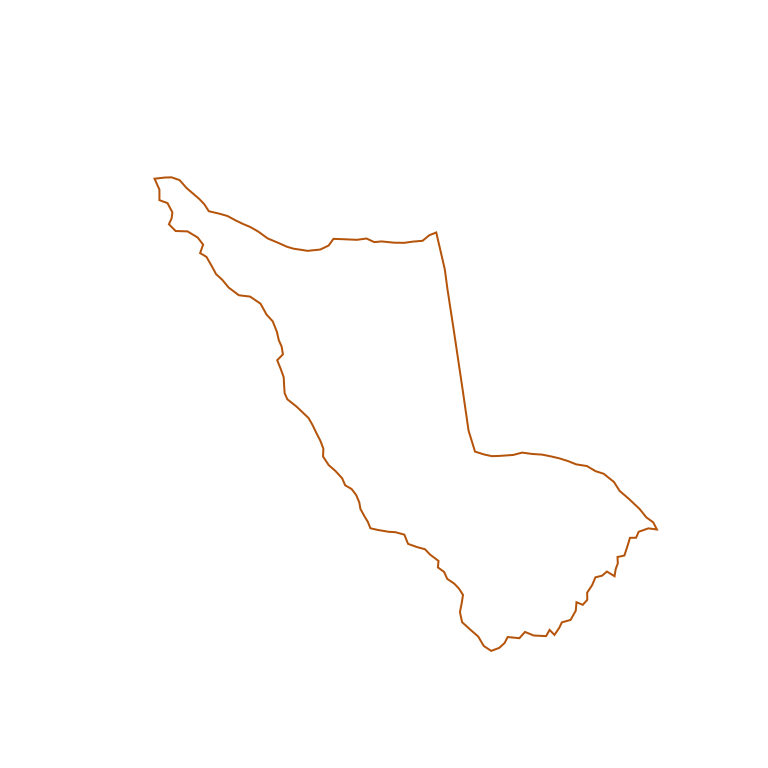 Ribeirão dos Índios, São Paulo, Brazil (Natural Earth projection), rotated 126°
{"feature_id": "56859067B88412336093281", "entity_name": "Ribeirão dos Índios", "entity_type": "district", "adm_level": 2, "iso_a3": "BRA", "parent_name": "Brazil", "parent_adm1": "São Paulo", "projection": "natural_earth1", "projection_center": [-51.581, -21.806], "detail": "fine", "context": "isolated", "style": "outline", "palette": "amber", "viewbox_px": 768, "rotation_deg": 126, "n_neighbors": 0, "source": "geoboundaries", "source_scale": "gbopen_adm2", "svg_char_len": 2157}
<svg xmlns="http://www.w3.org/2000/svg" viewBox="0 0 768 768"><g transform="rotate(126 384 384)"><path d="M341.3,77.7L337.7,84.8L337.7,93.4L334.9,103.7L333.0,118.3L332.0,130.5L328.1,140.4L327.5,153.6L330.2,161.7L331.1,171.6L336.0,181.2L338.3,190.1L341.1,198.5L344.4,206.3L348.2,214.6L353.5,223.0L358.3,231.9L365.5,237.8L374.7,248.8L379.0,254.4L382.1,261.4L385.2,270.6L372.0,288.2L341.9,317.5L335.5,323.8L297.7,360.9L281.1,377.4L276.4,382.0L270.3,388.1L255.5,402.2L230.7,430.8L237.0,434.8L245.5,437.0L251.8,444.3L257.9,450.6L263.8,459.0L270.1,469.8L274.9,475.2L276.6,483.7L283.3,490.7L290.1,501.0L296.3,510.2L304.6,510.2L312.7,514.6L321.2,524.1L324.4,530.4L327.7,536.7L330.0,543.2L332.1,553.1L334.6,563.7L334.6,575.2L335.6,584.5L337.4,592.1L338.9,600.5L340.1,609.4L342.9,617.1L347.2,627.3L344.2,635.0L342.9,642.1L342.3,649.4L341.5,659.0L339.2,669.3L341.7,677.4L346.0,682.9L352.8,690.3L358.7,680.0L367.3,673.7L364.9,665.5L369.5,656.1L374.8,653.2L381.2,651.9L382.7,642.5L376.0,632.6L375.0,620.9L377.5,612.3L386.2,609.7L385.5,602.4L389.8,592.8L393.8,584.5L394.8,576.0L397.3,566.3L397.5,553.6L392.0,543.7L391.6,531.1L396.9,519.8L398.7,510.9L404.7,501.4L410.5,494.7L413.9,488.8L419.4,483.2L427.5,484.4L432.4,476.6L437.5,469.1L443.6,464.2L449.8,459.0L453.2,453.2L453.7,441.4L455.9,425.0L459.3,417.5L463.4,409.9L467.4,402.0L472.0,395.0L478.5,390.7L482.1,381.1L482.9,372.2L484.9,362.4L488.8,355.8L488.0,348.5L490.2,341.2L494.3,334.4L498.9,329.7L502.4,322.3L505.0,316.1L508.7,310.2L505.7,303.2L500.8,293.3L497.3,287.9L493.9,279.0L499.2,270.6L496.5,261.4L493.6,253.7L494.9,246.7L495.1,235.9L500.7,232.6L500.7,224.9L504.5,218.3L504.2,209.9L505.4,203.3L508.1,196.2L515.2,192.5L523.9,188.5L530.8,180.8L532.0,169.8L532.9,159.4L537.3,149.3L536.9,140.4L529.8,135.7L522.7,134.2L516.0,135.2L510.1,125.1L501.7,124.2L499.5,115.1L492.7,104.7L485.6,105.5L486.8,98.6L478.2,98.9L472.3,100.0L465.2,94.4L454.7,95.6L447.4,100.0L445.8,93.4L439.1,92.7L433.4,97.0L424.4,97.4L416.1,99.3L410.9,94.9L404.7,93.4L404.0,84.5L397.5,87.8L391.7,89.4L386.7,93.4L381.5,88.7L371.6,91.9L363.9,94.6L360.2,89.7L353.9,91.1L345.4,85.3L341.3,77.7Z" fill="none" stroke="#b45309" stroke-width="2"/></g></svg>